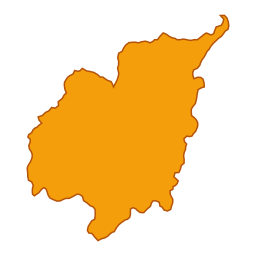 the district of Governador Lindenberg, Espírito Santo, Brazil
{"feature_id": "56859067B32114864176214", "entity_name": "Governador Lindenberg", "entity_type": "district", "adm_level": 2, "iso_a3": "BRA", "parent_name": "Brazil", "parent_adm1": "Espírito Santo", "projection": "natural_earth1", "projection_center": [-40.489, -19.202], "detail": "fine", "context": "isolated", "style": "filled", "palette": "amber", "viewbox_px": 256, "rotation_deg": 0, "n_neighbors": 0, "source": "geoboundaries", "source_scale": "gbopen_adm2", "svg_char_len": 2936}
<svg xmlns="http://www.w3.org/2000/svg" viewBox="0 0 256 256"><path d="M88.7,232.9L92.1,233.6L94.7,237.0L98.0,240.6L101.9,238.6L104.5,238.0L107.6,236.3L109.9,234.0L112.0,232.4L114.3,231.6L116.3,228.0L118.8,224.7L121.0,222.9L123.0,221.5L125.0,220.0L127.4,219.3L129.6,217.5L130.4,214.8L130.4,212.0L130.5,209.0L133.0,207.7L135.6,208.7L137.4,210.5L139.9,212.4L143.7,212.7L146.0,210.2L148.1,208.2L150.4,206.4L151.5,202.9L153.0,200.9L156.1,200.8L159.2,202.3L160.0,206.2L162.2,207.1L163.9,209.9L167.5,211.0L170.7,209.4L171.6,205.8L172.7,202.7L172.8,199.4L171.6,197.1L170.2,194.2L170.1,190.6L172.9,189.4L173.0,186.6L175.2,185.7L177.1,183.7L178.2,180.8L173.9,176.8L175.0,172.8L178.9,172.5L180.4,169.2L181.3,165.5L184.1,163.1L184.1,159.2L183.6,155.8L184.2,152.5L185.5,149.4L185.7,146.6L186.6,144.1L184.6,141.8L183.9,138.8L186.8,136.1L189.2,136.6L191.9,136.1L193.4,133.7L195.8,131.1L197.6,126.5L197.8,123.2L196.5,120.1L194.2,117.6L191.6,115.6L191.3,112.0L191.3,109.2L192.8,106.7L195.3,103.6L196.5,99.0L197.2,93.8L198.1,89.6L201.6,87.7L204.3,86.9L204.0,82.7L203.0,79.2L200.9,77.5L197.9,77.2L194.0,78.7L192.9,75.6L192.7,72.8L193.7,69.9L197.4,68.2L199.7,65.5L200.6,62.7L202.0,59.9L204.4,56.6L207.0,51.5L209.1,49.3L210.7,46.5L213.5,43.1L216.2,40.6L218.3,38.5L221.3,36.4L223.3,33.9L225.1,31.2L228.0,29.3L228.8,25.8L228.2,21.5L226.9,18.0L224.5,15.4L220.4,15.5L223.8,19.2L222.8,22.7L221.3,25.3L218.6,26.2L216.2,26.9L214.9,30.1L213.6,33.7L211.0,35.0L208.6,33.9L206.3,33.0L204.1,34.4L201.8,36.3L200.0,37.7L197.4,39.7L194.3,39.7L190.9,40.4L187.9,40.0L185.5,39.4L183.1,39.1L180.7,39.6L177.3,39.8L175.0,38.4L172.6,37.9L169.6,36.6L166.4,34.3L163.2,32.9L159.9,36.4L157.5,39.7L154.6,39.7L152.6,41.6L150.0,42.8L147.8,41.8L145.1,41.2L141.1,41.9L138.6,42.8L135.2,42.2L132.3,42.3L129.0,42.6L125.7,45.1L123.5,48.3L122.2,51.3L118.7,53.2L117.7,57.7L118.6,61.1L118.6,64.6L117.6,68.1L118.8,73.5L118.3,76.1L117.1,80.1L115.1,83.9L113.6,87.0L112.5,84.2L111.1,81.6L107.6,80.4L105.0,78.7L103.0,77.2L100.0,76.9L97.7,74.7L94.0,72.5L90.1,71.5L86.6,70.9L82.3,68.4L79.8,70.9L77.4,71.2L74.7,70.5L73.0,74.1L69.9,75.6L67.6,77.3L65.8,80.1L64.5,82.4L64.3,85.3L64.9,89.3L66.4,93.0L64.2,94.9L62.2,98.6L58.2,101.7L58.5,105.6L55.3,108.1L51.7,107.5L48.8,110.9L45.4,112.5L42.4,115.5L38.1,116.9L39.2,120.4L41.8,123.1L38.8,125.4L36.9,127.3L34.7,128.2L33.0,130.0L31.6,132.7L28.7,134.6L27.9,137.1L30.2,139.3L30.2,142.1L28.8,145.4L29.4,149.0L31.1,151.4L32.3,154.8L32.0,157.9L30.5,161.7L28.3,165.2L27.2,168.0L27.6,172.1L27.8,176.5L28.5,180.2L31.6,181.8L33.3,185.6L32.5,188.1L32.3,191.0L32.5,194.1L34.3,195.8L38.7,192.8L41.3,189.6L43.6,187.7L45.8,188.7L47.0,191.4L48.1,195.1L49.9,197.9L52.7,199.4L56.9,201.1L60.2,200.9L62.6,199.7L65.4,198.5L69.3,198.3L72.7,196.6L77.2,194.1L79.6,194.5L82.4,196.3L83.6,200.6L87.0,202.9L90.2,205.7L93.3,207.0L95.1,209.6L95.2,212.4L95.2,215.5L94.7,219.2L91.7,220.9L89.6,224.1L88.2,226.6L87.4,230.4L88.7,232.9Z" fill="#f59e0b" stroke="#b45309" stroke-width="1.5"/></svg>